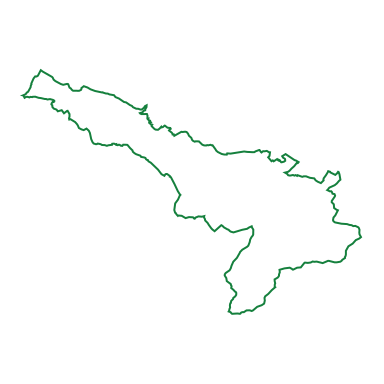 Agrij, Salaj, Romania (Equal Earth projection)
{"feature_id": "2599482B62013931354747", "entity_name": "Agrij", "entity_type": "district", "adm_level": 2, "iso_a3": "ROU", "parent_name": "Romania", "parent_adm1": "Salaj", "projection": "equal_earth", "projection_center": [23.096, 47.059], "detail": "fine", "context": "isolated", "style": "outline", "palette": "green", "viewbox_px": 384, "rotation_deg": 0, "n_neighbors": 0, "source": "geoboundaries", "source_scale": "gbopen_adm2", "svg_char_len": 5973}
<svg xmlns="http://www.w3.org/2000/svg" viewBox="0 0 384 384"><path d="M257.2,306.8L261.7,305.2L264.1,303.6L264.8,300.6L264.5,297.9L265.2,296.3L268.3,293.9L271.8,290.1L275.2,287.2L274.7,286.8L274.8,284.4L275.2,283.4L274.7,281.2L274.6,279.4L277.7,277.6L278.6,276.5L279.0,275.7L279.0,274.5L279.8,272.2L279.5,269.8L284.4,268.4L289.7,267.7L291.8,268.8L292.7,269.6L293.2,269.6L297.1,267.7L300.8,267.4L304.4,262.9L304.9,262.6L307.8,262.9L310.7,262.5L312.7,261.5L314.2,261.8L316.7,261.6L322.7,263.1L327.9,260.9L329.0,260.9L334.5,262.3L336.9,262.3L340.3,261.7L341.5,260.9L342.3,259.8L345.0,258.0L344.9,257.1L345.6,255.9L345.9,254.4L345.9,250.8L348.4,246.3L352.7,243.6L355.8,240.1L359.3,238.5L361.0,237.1L359.5,234.3L359.3,232.5L359.5,229.8L358.9,228.1L358.3,227.3L355.3,225.9L353.2,226.1L351.7,225.2L349.4,224.9L347.1,224.1L341.4,223.7L335.0,222.4L333.5,221.3L333.0,220.1L333.5,217.5L335.3,215.4L337.9,210.3L336.6,209.8L334.1,208.0L333.8,204.3L331.7,202.2L331.8,200.9L334.8,196.5L335.1,195.6L334.5,194.1L332.5,193.7L331.8,191.8L331.1,191.2L330.0,191.4L327.3,190.1L328.0,189.5L328.5,188.6L329.4,187.6L334.7,185.2L336.8,183.5L339.0,180.9L340.4,179.7L339.4,174.0L339.0,173.4L338.8,172.3L338.5,172.0L338.1,171.8L337.0,173.4L335.3,174.9L330.3,172.4L330.1,171.8L328.2,171.2L327.8,172.2L325.9,175.3L323.7,178.3L323.4,179.5L323.6,180.4L320.9,183.1L317.7,181.7L315.6,180.3L314.3,178.4L309.9,177.8L306.0,176.3L303.7,176.3L302.6,176.8L301.9,176.7L297.6,175.2L297.1,175.9L295.7,175.1L294.4,175.6L293.0,175.0L290.6,175.5L289.2,175.5L288.1,175.2L287.3,174.0L285.0,172.6L288.1,171.8L289.7,170.6L291.5,168.6L294.2,166.2L296.9,162.8L297.4,163.2L297.8,163.1L298.6,162.1L295.7,160.4L294.7,160.2L285.6,154.1L282.2,156.2L283.1,157.7L284.9,158.8L285.1,159.3L285.2,160.8L283.9,161.7L281.6,162.3L281.1,162.2L279.7,160.2L278.8,159.8L278.7,160.6L278.1,160.3L277.1,159.1L273.7,161.3L272.8,160.4L271.5,161.2L268.2,157.3L269.5,155.9L270.0,152.3L268.9,152.2L266.8,150.9L264.6,151.3L263.1,151.2L261.5,152.5L261.0,152.1L259.5,150.0L259.2,150.0L255.4,151.4L254.5,152.1L253.0,152.2L247.1,151.9L244.1,151.5L230.7,153.6L227.2,153.4L226.8,154.6L224.1,154.5L221.8,154.0L217.8,152.0L216.1,150.5L215.7,149.6L212.6,145.3L212.2,145.5L210.5,144.8L208.3,145.3L207.1,145.1L206.2,145.5L204.1,145.4L202.3,144.7L198.9,141.4L195.7,141.3L194.8,141.7L193.1,140.9L192.1,139.9L191.3,137.8L189.0,135.8L188.0,133.6L186.6,132.0L185.1,131.7L182.5,132.0L181.4,131.8L174.3,135.8L173.8,134.4L172.6,134.5L172.4,133.5L171.7,132.6L169.0,130.5L169.7,129.5L170.7,128.8L170.3,128.0L167.5,127.7L165.0,125.7L164.6,125.6L163.0,127.0L161.7,127.4L161.3,126.7L159.6,128.6L158.0,129.8L155.6,129.6L154.5,129.0L151.6,126.1L151.5,125.4L152.1,124.8L150.8,124.2L149.2,122.9L149.1,122.1L149.7,121.6L150.5,121.8L150.1,121.2L150.1,120.7L148.7,120.1L147.9,119.3L148.4,118.4L147.4,118.3L147.5,115.6L146.9,114.0L141.6,114.1L140.3,113.6L139.9,113.1L142.5,112.3L143.8,110.7L145.2,110.3L145.2,109.4L146.5,107.1L146.6,105.3L144.9,106.2L144.0,107.7L141.8,109.5L140.2,109.5L138.3,108.8L136.2,108.7L133.0,107.2L131.9,105.9L130.0,105.1L126.1,102.4L124.0,102.0L118.9,98.5L115.5,97.1L114.0,95.2L109.4,94.4L107.8,93.6L105.9,93.5L103.3,92.7L102.7,92.3L102.2,92.5L95.1,91.0L90.5,89.3L87.5,87.5L83.8,86.2L81.4,88.1L81.4,89.0L81.0,89.9L79.1,90.8L73.0,90.7L71.7,89.7L70.9,88.5L69.5,87.6L68.2,84.2L67.1,83.9L63.2,84.8L60.8,84.0L55.4,81.1L53.6,79.6L52.7,77.6L52.0,76.9L42.9,71.7L40.8,70.2L37.9,75.7L36.6,76.5L35.2,76.4L33.6,78.4L31.5,83.1L31.3,83.7L31.5,84.2L30.8,85.6L30.6,87.2L28.3,91.4L27.7,92.1L26.7,92.6L26.1,93.7L25.1,94.5L23.0,95.4L23.4,95.5L24.6,97.8L26.0,96.9L27.3,96.8L29.5,97.4L30.3,96.9L32.3,97.1L32.7,96.8L35.2,96.7L38.6,97.8L41.0,98.1L44.8,99.0L46.1,99.0L47.4,99.5L50.0,99.1L53.0,99.9L54.0,100.5L53.4,101.2L53.4,101.5L53.9,101.8L53.5,102.1L52.6,102.0L51.6,103.4L51.4,104.4L52.3,105.3L52.4,107.0L53.8,108.6L56.5,109.6L57.8,111.3L61.7,110.2L64.0,113.3L67.1,110.9L67.6,110.8L69.5,114.1L69.5,116.6L69.0,118.3L69.3,119.5L70.1,119.1L70.5,119.2L75.2,122.1L77.1,124.3L77.9,125.6L78.9,128.0L81.5,129.4L83.7,130.1L86.5,128.6L88.8,130.7L89.9,133.0L91.2,139.1L92.5,142.1L93.6,143.5L95.9,144.2L96.9,144.1L97.5,143.6L98.5,143.7L100.7,144.2L102.0,145.0L104.7,145.1L106.9,145.8L108.3,145.3L112.0,144.8L112.2,143.8L113.0,143.7L114.2,143.7L115.5,144.3L116.3,144.1L116.3,144.9L117.8,145.2L118.7,144.7L119.6,144.8L120.8,145.7L121.6,145.8L121.9,145.6L122.4,145.8L123.2,144.7L127.1,144.8L127.6,145.1L130.0,148.0L132.5,150.4L132.8,151.7L134.5,153.2L136.1,154.2L140.4,155.7L141.1,156.9L144.0,157.4L145.4,157.9L145.9,159.0L146.7,159.8L147.8,160.0L148.4,161.3L150.8,162.7L158.0,169.6L161.5,174.2L164.4,175.8L165.2,174.5L166.0,174.0L167.0,174.0L168.5,175.0L169.9,176.1L169.8,176.7L170.9,177.2L174.4,183.9L177.8,191.1L179.6,194.0L180.4,194.9L179.8,195.5L178.0,199.6L175.2,203.4L174.4,209.3L174.3,210.0L175.1,212.7L175.6,212.9L176.5,214.4L177.9,215.9L178.3,215.5L181.7,215.8L185.6,218.1L189.0,217.1L192.9,217.3L193.5,217.6L193.9,218.4L194.7,218.7L195.7,217.5L198.5,216.4L201.9,216.7L204.2,216.1L203.9,217.2L204.9,219.0L205.2,220.5L207.6,222.9L208.8,224.9L211.2,228.2L212.3,229.4L214.6,231.2L221.3,225.2L222.4,225.8L224.0,227.4L227.5,229.4L228.5,229.7L229.9,231.1L230.9,231.7L233.5,232.4L242.2,229.8L247.1,228.8L249.0,227.5L251.7,226.3L252.1,227.7L253.3,229.6L253.2,234.5L252.8,235.5L251.5,237.1L250.2,239.5L249.7,242.1L248.3,245.7L247.1,246.8L242.3,249.7L240.0,252.1L239.8,252.8L236.9,257.9L233.3,261.7L231.5,265.8L230.8,268.2L229.6,270.3L225.7,273.0L224.8,274.3L224.7,275.5L226.3,278.1L226.8,281.1L230.8,284.1L231.0,285.2L231.6,286.2L231.2,288.0L233.4,289.8L235.1,291.7L235.7,291.9L236.3,293.0L236.2,294.9L235.2,296.4L233.3,297.9L233.1,299.0L231.2,300.9L230.8,303.0L230.3,303.3L230.0,304.6L229.9,305.5L230.1,307.5L229.4,309.2L229.2,310.6L228.7,311.5L230.4,312.1L230.9,312.5L231.2,313.1L232.1,313.8L237.5,313.5L239.9,313.8L240.4,313.6L241.0,312.7L241.5,312.4L242.7,312.1L243.8,312.2L246.5,310.4L249.7,310.3L251.7,311.0L253.0,310.4L257.2,306.8Z" fill="none" stroke="#15803d" stroke-width="2"/></svg>